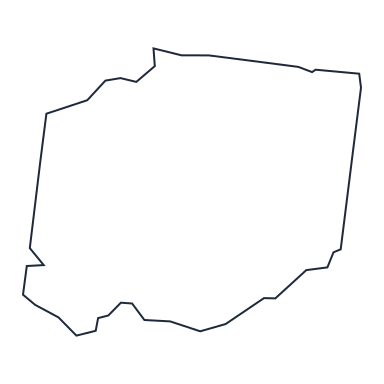 outline of Hickman, Tennessee, United States of America
{"feature_id": "52423323B57415980272372", "entity_name": "Hickman", "entity_type": "district", "adm_level": 2, "iso_a3": "USA", "parent_name": "United States of America", "parent_adm1": "Tennessee", "projection": "robinson", "projection_center": [-87.5, 35.801], "detail": "fine", "context": "isolated", "style": "outline", "palette": "slate", "viewbox_px": 384, "rotation_deg": 0, "n_neighbors": 0, "source": "geoboundaries", "source_scale": "gbopen_adm2", "svg_char_len": 570}
<svg xmlns="http://www.w3.org/2000/svg" viewBox="0 0 384 384"><path d="M153.5,48.4L154.8,66.1L136.3,81.9L120.5,78.1L105.4,80.6L87.3,100.2L46.4,113.7L40.0,163.9L29.8,248.1L43.7,265.1L26.8,266.0L23.0,294.7L35.2,304.9L58.5,317.4L76.4,335.6L95.7,330.8L98.1,318.1L108.3,315.5L120.9,302.7L132.1,303.5L144.4,320.0L170.2,321.4L200.2,331.3L225.7,324.0L264.0,298.1L275.3,298.4L306.3,270.1L327.4,267.4L333.5,252.3L340.7,249.3L352.5,155.0L361.0,87.7L359.2,73.7L315.6,69.7L312.1,72.1L298.4,66.9L208.9,55.4L181.4,55.3L153.5,48.4Z" fill="none" stroke="#1e293b" stroke-width="2"/></svg>